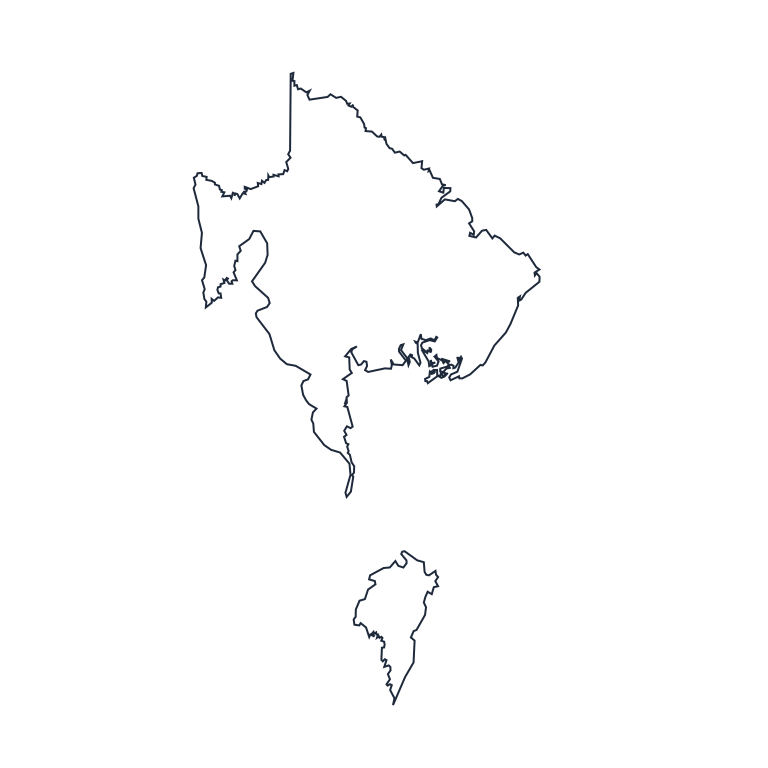 outline of Tumaco, Nariño, Colombia, rotated 173°
{"feature_id": "7082276B11470740818947", "entity_name": "Tumaco", "entity_type": "district", "adm_level": 2, "iso_a3": "COL", "parent_name": "Colombia", "parent_adm1": "Nariño", "projection": "robinson", "projection_center": [-78.664, 1.822], "detail": "fine", "context": "isolated", "style": "outline", "palette": "slate", "viewbox_px": 768, "rotation_deg": 173, "n_neighbors": 0, "source": "geoboundaries", "source_scale": "gbopen_adm2", "svg_char_len": 6155}
<svg xmlns="http://www.w3.org/2000/svg" viewBox="0 0 768 768"><g transform="rotate(173 384 384)"><path d="M551.5,481.7L545.0,485.7L544.7,489.5L542.5,487.2L538.2,490.2L535.1,489.4L535.2,493.8L537.0,494.1L537.9,497.7L537.0,500.2L534.4,500.6L534.0,503.0L530.1,503.7L530.6,507.2L529.2,506.1L527.1,508.4L526.1,507.7L527.4,506.2L525.5,502.4L522.3,502.0L522.8,504.5L521.4,505.4L517.4,504.8L519.7,513.2L517.5,515.2L518.3,519.4L516.4,524.5L514.5,523.8L513.7,530.5L510.0,533.6L510.9,538.4L500.1,544.3L494.9,551.9L488.2,550.5L482.8,537.8L483.8,526.3L487.2,518.8L502.5,502.0L500.1,496.9L488.5,483.6L487.6,478.2L490.7,474.7L500.6,472.2L502.6,469.7L502.4,465.9L491.6,447.5L488.7,430.8L484.0,421.9L478.0,415.5L469.4,412.8L455.8,402.4L458.8,397.9L463.6,396.7L466.2,392.6L465.6,383.1L463.4,377.5L460.9,373.2L454.0,367.8L458.0,364.5L460.4,357.4L459.0,353.4L459.4,345.0L450.7,330.6L444.5,325.1L435.9,321.3L428.0,309.1L428.3,298.0L435.5,280.8L434.8,276.5L430.0,281.2L425.8,295.8L426.9,297.3L424.6,299.7L423.6,306.0L425.7,310.3L426.5,318.0L428.4,320.0L427.3,321.7L428.2,326.3L426.7,328.6L428.8,329.8L430.1,336.5L427.4,338.0L429.2,342.4L426.0,346.5L422.6,344.3L420.3,345.5L423.2,365.7L426.0,366.7L423.8,369.2L425.0,369.6L423.7,372.4L423.0,371.5L422.8,375.4L420.5,376.9L420.7,391.6L424.2,393.8L414.6,398.9L416.3,402.5L415.3,414.6L419.2,416.2L412.3,422.7L406.3,424.6L411.4,422.2L412.6,419.5L407.2,405.8L404.4,406.1L401.1,409.2L398.7,408.2L398.6,404.0L401.1,400.1L398.3,397.9L381.2,399.4L375.2,398.3L373.9,401.8L374.3,407.5L372.0,402.2L363.2,400.4L359.4,404.5L365.1,414.3L364.8,417.2L362.7,420.5L360.0,421.0L363.0,415.6L358.1,407.3L357.4,399.7L355.7,402.8L356.3,407.8L354.3,410.1L351.9,408.8L353.9,408.9L353.8,407.6L350.9,405.7L346.7,398.2L345.2,400.6L346.6,410.8L345.7,419.7L347.4,421.0L347.9,422.3L345.5,421.1L341.4,429.0L341.3,424.3L337.1,422.4L332.1,423.5L328.5,421.2L326.4,424.4L325.5,423.7L328.4,420.1L333.4,422.0L340.9,420.4L342.5,418.0L342.1,415.0L337.5,410.0L336.7,412.0L334.8,411.5L333.7,410.6L333.2,412.2L334.1,412.1L334.4,412.5L334.5,414.9L333.0,412.2L333.3,410.7L333.9,410.2L336.7,411.6L337.3,409.5L342.5,413.7L336.9,400.9L336.9,396.2L334.9,396.9L334.6,402.2L334.1,398.8L330.5,399.1L334.0,398.0L333.7,395.2L329.1,395.8L327.1,399.7L330.5,405.1L328.4,406.4L328.3,403.5L323.2,400.0L322.4,397.5L320.3,399.2L324.2,402.2L315.7,398.4L319.2,398.2L317.4,395.7L318.2,393.8L326.3,392.4L326.7,389.7L325.5,389.3L327.3,385.1L330.1,386.2L329.6,391.5L332.8,391.8L332.1,389.9L332.8,389.7L333.2,391.5L334.7,390.1L335.1,391.6L335.4,389.9L333.5,389.5L333.3,388.7L335.5,388.2L337.0,390.5L338.2,385.5L342.6,384.0L342.6,381.8L340.9,381.6L340.4,379.5L329.4,385.6L326.3,383.1L323.0,384.1L319.3,387.1L320.5,386.4L322.7,387.9L323.7,387.8L322.4,387.4L322.7,385.0L324.6,384.3L325.5,387.3L320.1,391.7L316.7,392.0L317.8,394.5L314.8,395.0L312.8,393.6L313.2,391.2L311.2,391.6L307.3,396.3L307.9,401.0L306.4,400.9L306.0,398.5L304.2,401.5L303.5,399.7L309.7,387.2L316.3,385.3L318.5,382.5L317.5,379.6L308.6,382.5L308.6,380.5L305.7,380.0L297.4,383.0L285.9,391.2L283.7,390.4L280.6,393.2L269.8,408.7L256.8,420.2L251.2,428.1L241.3,445.6L240.7,453.2L238.4,454.4L239.8,450.2L237.5,451.1L232.3,457.2L217.3,466.5L216.5,471.5L219.0,475.4L221.0,473.4L221.0,476.2L215.8,478.7L218.7,481.5L225.5,495.4L227.8,494.2L229.7,497.4L234.0,496.1L238.7,498.8L250.9,514.4L256.1,517.8L258.7,515.3L263.8,524.5L268.0,524.2L274.8,518.2L281.2,520.6L280.1,523.6L276.8,521.2L275.9,524.5L280.0,533.1L276.6,534.7L276.2,537.9L278.3,546.9L284.4,556.0L288.1,558.7L291.4,556.8L301.1,559.8L310.0,553.8L310.0,555.7L308.1,555.8L304.2,561.9L294.8,567.1L294.2,570.3L300.7,571.3L301.8,566.7L305.9,568.6L301.3,573.7L298.5,573.9L302.1,575.1L303.6,580.7L310.3,582.7L312.6,590.3L313.8,589.8L313.0,592.4L318.4,591.8L320.5,593.7L319.0,600.5L328.3,599.7L334.6,608.8L336.1,608.4L340.1,612.8L345.0,612.3L347.3,616.5L349.7,617.4L352.3,622.1L352.8,628.1L353.7,627.1L354.0,629.1L356.2,629.7L356.3,631.9L358.4,629.9L360.6,630.5L365.2,636.0L371.5,637.3L370.7,640.1L372.0,640.9L372.1,644.5L375.0,651.5L378.0,652.7L376.8,658.7L381.4,663.3L380.5,665.0L382.7,663.2L385.3,664.7L383.9,666.6L386.4,666.6L387.2,669.7L391.7,674.3L396.6,673.8L401.8,678.1L405.0,675.8L423.3,675.3L424.8,680.2L422.0,684.2L425.5,682.9L430.6,687.4L433.4,687.0L434.1,691.3L436.6,691.0L436.0,695.6L437.9,696.1L436.0,703.8L438.8,703.2L448.8,627.0L451.1,623.8L449.2,620.0L454.0,616.2L452.8,609.1L454.2,607.0L456.6,608.4L458.5,604.6L463.2,604.9L463.3,603.0L468.2,605.1L468.3,603.4L472.7,603.3L473.4,605.1L474.1,600.7L476.1,600.8L478.1,598.2L480.4,600.6L481.3,597.4L484.8,598.9L484.8,595.6L492.5,593.7L498.2,596.7L498.4,594.8L496.2,593.8L497.2,591.9L499.3,591.9L498.4,589.6L500.9,590.6L504.6,585.8L506.4,590.4L508.2,591.2L509.5,588.9L508.9,591.0L510.7,592.2L512.9,587.0L513.9,589.6L521.6,589.9L519.1,593.7L522.0,594.6L521.4,596.3L523.2,597.1L523.6,600.8L527.5,602.7L527.3,604.4L530.2,606.6L535.5,608.3L534.8,611.2L539.0,612.6L539.3,615.7L543.4,615.9L544.4,613.4L547.6,611.9L546.8,604.9L549.1,601.5L546.6,582.9L548.1,570.7L546.3,556.2L549.5,541.2L546.1,523.6L549.4,511.6L552.0,509.2L550.4,500.0L552.2,496.7L551.9,490.2L550.3,487.4L551.5,481.7ZM415.2,79.5L411.9,70.8L414.2,64.2L398.7,90.7L388.6,104.0L384.9,125.6L388.2,129.1L384.7,135.1L381.7,135.9L371.4,149.8L369.5,157.3L371.1,162.2L368.9,167.6L366.0,172.5L362.2,169.6L359.3,176.3L355.0,176.7L357.1,182.1L353.8,185.8L355.6,188.4L355.7,192.2L362.7,188.6L365.3,189.5L366.6,192.7L366.2,202.3L372.5,204.9L383.9,215.5L386.4,215.3L387.6,213.1L383.2,206.2L383.4,203.4L387.1,199.5L391.9,201.7L394.3,206.9L400.6,201.2L406.8,201.4L421.1,195.8L422.6,191.9L417.1,189.5L416.9,186.2L424.9,181.9L429.2,172.8L434.7,171.9L439.4,163.7L440.5,156.4L442.8,154.0L442.7,148.7L438.0,147.4L436.3,149.5L431.5,144.5L429.5,134.6L428.0,137.1L424.3,134.5L426.1,138.0L424.6,139.3L424.3,137.4L422.1,138.4L422.1,136.4L420.5,136.1L421.8,133.1L419.9,134.2L419.4,132.6L417.5,133.4L416.5,132.1L418.0,129.5L415.3,128.2L415.1,125.4L416.0,122.5L418.2,122.5L420.2,110.6L419.0,108.9L416.7,110.7L415.2,109.6L418.2,103.2L413.6,104.1L412.2,102.4L412.4,99.0L415.5,95.6L414.1,90.2L418.1,85.6L417.2,84.2L414.6,85.3L413.0,84.2L415.2,79.5Z" fill="none" stroke="#1e293b" stroke-width="2"/></g></svg>